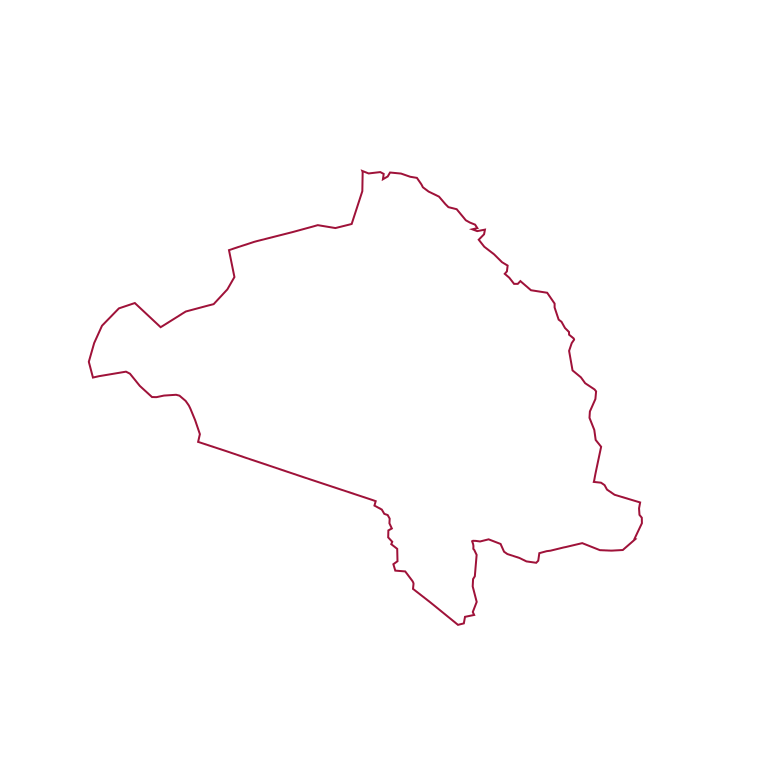 outline of Salinas, Puerto Rico, rotated 108°
{"feature_id": "32010507B26348414705735", "entity_name": "Salinas", "entity_type": "district", "adm_level": 2, "iso_a3": "PRI", "parent_name": "Puerto Rico", "parent_adm1": "", "projection": "equal_earth", "projection_center": [-66.255, 18.004], "detail": "fine", "context": "isolated", "style": "outline", "palette": "rose", "viewbox_px": 768, "rotation_deg": 108, "n_neighbors": 0, "source": "geoboundaries", "source_scale": "gbopen_adm2", "svg_char_len": 2418}
<svg xmlns="http://www.w3.org/2000/svg" viewBox="0 0 768 768"><g transform="rotate(108 384 384)"><path d="M204.3,346.6L203.9,352.3L203.0,356.8L195.3,368.9L195.9,377.4L193.9,381.3L188.8,389.6L187.2,401.1L184.9,407.8L182.6,410.1L177.8,416.4L178.8,423.1L178.6,432.8L181.0,443.6L185.5,444.6L189.6,448.3L184.3,449.2L183.6,453.0L188.5,463.7L188.1,470.5L189.0,469.8L207.3,464.2L227.0,464.2L229.0,464.2L241.8,464.2L242.9,465.9L250.7,478.4L253.4,496.1L256.3,500.4L259.7,505.6L267.9,518.1L278.3,534.6L287.3,548.9L289.0,551.5L289.6,552.3L292.9,556.8L298.6,564.7L304.6,572.8L328.5,559.3L342.4,562.2L360.7,570.7L363.6,575.3L376.3,594.9L379.1,597.3L386.9,603.8L397.4,612.6L399.0,614.0L384.0,646.0L394.0,659.5L415.7,670.2L434.6,672.3L454.1,671.6L467.8,662.8L464.6,657.4L452.0,633.2L452.7,628.8L461.3,615.6L468.1,600.6L466.8,596.3L463.0,589.7L458.5,578.4L458.3,574.9L461.4,567.4L464.8,562.9L467.2,560.6L476.7,552.5L488.6,543.6L496.5,542.9L496.6,513.0L496.9,492.4L497.3,451.0L497.5,431.0L497.9,359.7L497.9,359.2L498.0,355.7L502.6,355.5L504.1,347.3L507.4,343.6L507.5,340.0L510.3,337.0L514.8,335.8L519.0,331.9L521.9,334.6L528.6,332.6L531.5,327.4L534.1,327.6L536.7,320.5L548.4,316.4L552.5,319.4L558.0,315.6L555.7,305.9L562.5,296.2L563.7,294.9L564.8,294.2L569.9,293.1L577.4,272.4L590.2,239.2L587.0,234.1L580.4,235.0L575.8,226.9L573.4,229.1L562.6,228.5L549.1,237.1L542.0,239.0L538.8,238.2L517.9,243.1L513.9,246.9L513.8,247.1L513.2,248.1L510.4,248.9L508.7,249.8L506.3,251.6L505.6,250.9L504.8,248.0L504.1,244.0L499.4,236.5L500.1,223.7L506.4,218.0L507.6,214.1L507.6,201.5L508.7,193.7L507.0,184.0L504.4,182.7L496.9,184.0L492.7,177.6L491.1,174.2L483.8,162.4L483.1,161.1L474.1,146.3L475.3,127.3L472.2,116.2L468.1,105.6L453.8,97.0L453.8,97.9L436.7,95.7L431.5,97.5L429.5,100.6L423.5,103.0L417.5,103.8L418.1,130.5L415.5,139.3L412.0,143.0L410.8,147.1L412.3,154.2L410.6,154.3L407.0,154.8L402.9,155.3L376.6,158.1L371.8,165.4L362.7,169.8L352.7,178.1L346.5,179.7L333.0,178.3L325.5,180.0L324.1,182.1L321.1,192.9L316.8,198.8L312.8,208.9L295.3,218.2L287.1,218.1L283.1,216.9L282.1,217.6L279.9,223.2L277.4,224.1L274.8,229.2L270.0,234.4L268.8,237.8L258.5,245.4L254.8,246.6L246.8,257.0L249.4,273.2L244.0,286.1L247.4,287.7L248.6,291.2L244.2,297.7L241.9,303.2L238.9,301.9L233.2,303.0L231.7,309.4L226.6,319.5L222.5,331.0L217.5,338.5L210.7,335.1L206.0,335.7L209.8,342.6L209.6,347.8L206.9,343.4L204.3,346.6Z" fill="none" stroke="#9f1239" stroke-width="2"/></g></svg>